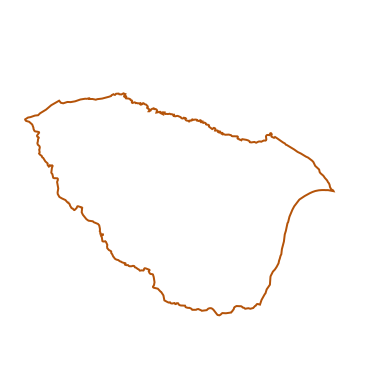 Adi Quala, Debub, Eritrea, rotated 71°
{"feature_id": "51966322B57364805304830", "entity_name": "Adi Quala", "entity_type": "district", "adm_level": 2, "iso_a3": "ERI", "parent_name": "Eritrea", "parent_adm1": "Debub", "projection": "natural_earth1", "projection_center": [38.835, 14.613], "detail": "fine", "context": "isolated", "style": "outline", "palette": "amber", "viewbox_px": 384, "rotation_deg": 71, "n_neighbors": 0, "source": "geoboundaries", "source_scale": "gbopen_adm2", "svg_char_len": 6022}
<svg xmlns="http://www.w3.org/2000/svg" viewBox="0 0 384 384"><g transform="rotate(71 192 192)"><path d="M237.3,57.9L236.5,58.0L234.8,59.5L232.3,59.9L230.0,59.6L228.3,59.7L227.1,60.2L225.0,60.5L221.9,61.8L219.4,62.5L216.1,64.4L214.7,64.8L212.1,64.5L207.4,67.0L203.1,67.5L201.4,68.3L197.2,71.1L195.6,72.8L191.1,76.5L188.5,79.1L185.0,81.6L178.4,87.1L177.9,87.8L176.3,88.4L174.8,89.8L168.6,94.3L167.0,95.6L167.5,96.8L165.7,98.7L164.8,98.8L163.4,97.8L162.3,98.0L162.0,98.4L162.0,98.8L163.4,100.4L162.7,101.8L162.6,102.8L162.9,103.4L163.6,104.0L166.5,104.6L167.2,105.2L167.3,105.8L166.7,107.4L167.0,110.2L166.3,111.3L166.0,112.7L166.3,115.3L165.0,116.7L164.4,119.9L163.7,121.1L163.0,121.0L161.7,121.9L160.4,123.6L158.4,127.3L159.2,128.5L158.3,129.3L157.9,130.1L156.8,130.6L156.5,131.4L156.2,131.5L154.6,130.7L154.1,131.1L152.5,135.5L152.0,136.2L151.0,136.6L149.7,138.5L148.7,141.9L147.5,143.3L147.6,144.1L146.8,144.8L146.5,144.3L146.0,144.1L145.0,146.2L144.0,145.8L143.4,146.8L144.0,147.6L143.6,147.9L143.1,147.6L142.4,147.7L142.0,148.2L141.7,149.6L141.4,150.2L140.2,149.4L139.5,149.4L138.5,150.4L138.5,150.9L139.0,151.6L139.1,152.4L135.6,154.7L134.5,154.2L133.6,155.0L133.2,156.0L132.6,156.7L132.2,156.5L131.4,156.7L130.7,157.3L130.4,157.7L130.4,158.7L130.2,159.0L128.8,159.0L129.0,160.7L128.7,160.9L127.5,160.3L127.0,160.5L126.8,160.9L127.2,162.3L126.1,164.0L125.5,163.7L125.1,164.2L124.5,165.5L124.3,167.1L123.5,167.9L123.5,168.3L124.2,168.6L124.3,169.2L123.7,170.5L123.9,171.0L124.4,171.4L124.4,171.8L123.6,172.1L122.9,173.5L122.2,174.3L121.0,174.7L120.7,174.6L120.4,173.9L119.9,174.2L119.1,175.6L119.5,176.2L119.5,176.8L118.8,177.9L117.5,178.4L115.6,180.5L115.2,181.2L115.0,183.1L114.2,184.6L113.8,184.7L113.5,183.9L113.1,183.8L112.8,184.6L111.9,185.7L111.4,187.0L110.7,187.6L110.5,189.3L109.9,190.5L109.5,192.0L109.0,192.4L107.9,191.9L107.1,193.8L107.2,194.4L108.8,194.4L107.0,196.2L106.1,195.8L105.8,196.0L105.3,199.8L104.8,199.5L104.7,198.7L104.4,198.5L102.7,198.6L101.7,199.4L101.7,200.0L101.4,200.4L100.6,200.8L100.9,201.2L100.4,201.9L100.4,202.7L100.7,203.7L101.5,204.7L101.4,205.2L101.8,206.1L101.6,206.6L100.6,205.4L100.2,205.3L98.1,207.0L97.6,206.9L97.3,206.1L96.6,206.0L94.5,206.9L93.6,208.1L92.3,208.9L92.1,209.4L92.7,210.1L92.8,211.9L92.5,212.2L92.0,211.6L91.6,211.5L91.1,211.9L91.2,212.9L90.8,213.4L90.5,214.5L89.8,215.3L89.7,216.2L88.9,216.6L88.5,217.2L88.4,219.4L87.8,219.7L86.3,219.0L85.9,219.1L85.5,219.8L85.1,220.1L84.5,220.0L83.6,220.7L82.8,221.9L82.0,223.9L81.3,224.1L80.9,223.4L80.3,223.1L79.7,223.4L79.9,224.9L79.6,225.1L78.4,224.4L77.7,223.2L76.4,224.7L76.8,226.9L75.9,229.0L75.1,229.3L75.0,229.6L74.4,231.8L75.1,233.2L74.8,233.8L74.0,234.4L74.3,236.5L74.9,237.3L74.9,239.6L74.4,246.6L73.4,251.3L73.4,252.9L71.6,255.9L70.7,258.6L70.4,258.3L70.0,258.5L69.8,259.1L69.7,260.9L69.0,262.8L68.2,267.4L68.2,273.0L67.5,277.5L66.3,280.5L66.2,284.9L65.0,286.9L62.4,287.9L64.1,296.8L66.6,303.2L68.1,310.0L69.3,312.5L68.6,315.6L68.6,320.4L68.2,322.8L69.0,326.1L69.9,326.1L70.8,325.7L72.6,323.1L76.2,321.1L79.4,321.0L80.9,321.3L82.8,321.1L83.6,320.6L84.9,318.1L85.7,317.2L86.2,317.3L87.9,319.8L88.5,320.3L89.6,320.1L90.0,319.5L90.7,319.2L91.3,319.6L91.8,320.3L94.0,321.3L95.5,322.3L96.1,322.3L97.0,322.4L98.7,321.4L100.0,321.3L101.8,322.2L102.2,322.7L104.8,323.1L105.9,324.1L107.7,323.3L108.8,322.4L110.5,322.3L111.3,321.6L115.3,320.7L118.0,319.2L119.3,319.7L121.4,319.1L121.3,318.1L120.5,317.6L121.2,316.5L121.2,315.7L122.0,315.3L123.6,316.6L127.8,318.7L128.7,318.6L129.6,318.2L133.3,318.6L134.1,317.8L135.1,315.0L135.7,314.6L136.9,314.9L138.6,316.3L145.1,317.3L148.6,319.2L150.2,319.6L153.5,319.0L155.7,317.1L158.4,314.3L160.6,313.4L161.6,312.9L161.8,312.3L162.3,312.4L163.5,311.7L165.4,311.7L168.1,311.1L168.7,310.3L170.7,309.3L170.8,308.9L169.7,306.5L168.3,305.1L168.3,304.5L170.7,301.2L171.3,301.0L171.8,301.6L172.2,301.5L175.3,302.9L178.0,302.6L183.3,300.7L185.4,299.2L187.4,295.3L188.5,294.8L191.6,291.3L193.3,290.6L196.6,291.0L198.0,291.4L199.2,292.0L200.3,291.8L201.7,292.3L202.1,291.9L203.1,290.0L203.6,290.2L203.7,290.7L203.5,291.9L203.7,292.3L205.5,292.0L209.2,292.7L209.5,292.6L210.2,291.4L210.3,290.1L211.2,289.6L214.5,289.3L215.7,290.0L217.6,290.4L219.9,289.4L221.4,288.0L222.0,287.8L223.3,288.2L225.0,287.7L227.4,287.5L228.7,286.9L229.7,286.8L231.2,285.6L232.5,283.7L233.8,283.0L234.7,281.8L235.3,281.5L236.7,279.8L237.4,278.5L237.8,278.2L238.4,279.0L238.9,279.0L239.3,278.5L239.7,278.0L240.3,276.3L241.4,275.8L242.0,275.0L242.5,273.4L242.6,271.8L243.3,270.7L244.6,270.5L245.6,269.3L247.0,268.5L247.8,267.6L249.4,266.9L249.7,265.1L250.4,263.5L250.1,263.0L248.9,262.1L248.7,261.6L249.1,260.7L251.7,257.6L252.3,257.7L252.9,258.7L254.6,258.6L255.9,258.0L256.9,256.1L257.3,255.8L260.0,255.9L265.1,256.8L267.6,258.2L268.8,259.7L269.4,259.8L270.0,259.4L272.3,255.8L276.1,254.1L276.5,253.7L280.4,252.7L285.5,253.4L288.3,250.8L289.1,249.8L289.1,248.8L290.1,248.4L290.5,248.0L291.0,247.0L291.3,244.7L291.8,244.4L292.5,244.3L292.7,243.7L292.2,242.4L292.8,241.3L294.0,241.2L294.9,240.6L295.7,239.4L297.2,235.6L298.8,235.5L299.4,234.8L300.3,233.4L300.7,232.1L302.2,230.6L303.5,230.1L304.7,226.4L304.5,225.5L304.7,224.2L306.7,222.0L307.5,221.4L308.5,216.6L307.6,214.6L307.6,213.3L308.0,211.9L309.0,210.8L310.5,210.0L316.1,208.1L316.6,207.8L317.5,206.3L317.3,205.0L316.4,203.0L316.4,202.6L317.7,199.4L318.7,194.2L318.1,193.6L318.0,192.8L317.3,192.2L316.6,190.9L315.1,189.8L314.7,189.2L314.3,187.1L316.0,182.8L316.9,182.0L317.7,181.7L318.3,180.7L319.7,179.7L320.2,176.6L321.4,174.8L321.6,171.9L320.3,169.5L320.3,168.9L319.2,167.3L319.3,166.3L320.6,164.4L316.7,161.4L312.4,156.6L311.7,155.5L308.4,153.1L305.0,148.5L297.7,145.4L297.0,144.9L293.6,141.4L292.3,138.9L290.4,136.4L287.6,133.4L285.1,131.9L283.6,130.7L281.2,129.1L279.9,127.8L275.3,125.6L268.7,121.2L262.3,118.1L259.3,115.9L252.6,111.9L251.9,111.0L247.1,107.9L241.4,102.8L238.8,100.0L234.2,93.1L233.9,92.2L232.5,86.8L231.5,81.1L231.2,78.0L231.2,75.1L231.7,71.5L232.5,68.4L234.6,62.6L237.3,57.9Z" fill="none" stroke="#b45309" stroke-width="2"/></g></svg>